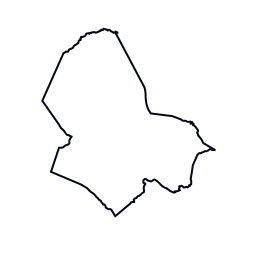 outline of Silca, Olancho, Honduras, rotated 108°
{"feature_id": "27666195B60662999354453", "entity_name": "Silca", "entity_type": "district", "adm_level": 2, "iso_a3": "HND", "parent_name": "Honduras", "parent_adm1": "Olancho", "projection": "robinson", "projection_center": [-86.53, 14.775], "detail": "fine", "context": "isolated", "style": "outline", "palette": "ink", "viewbox_px": 256, "rotation_deg": 108, "n_neighbors": 0, "source": "geoboundaries", "source_scale": "gbopen_adm2", "svg_char_len": 5453}
<svg xmlns="http://www.w3.org/2000/svg" viewBox="0 0 256 256"><g transform="rotate(108 128 128)"><path d="M215.8,112.9L200.3,103.2L200.1,103.0L199.7,102.7L197.9,102.1L197.5,101.9L197.2,101.5L196.9,100.9L196.8,100.5L196.8,99.5L196.7,99.3L196.4,99.3L195.9,99.4L194.5,100.3L193.9,100.2L193.2,100.0L192.9,99.8L192.6,99.2L191.9,98.3L191.3,98.1L190.5,98.0L190.1,97.8L189.8,97.6L189.2,96.6L188.7,96.2L187.3,95.2L185.9,94.6L185.1,93.9L184.7,93.5L183.8,93.0L182.5,93.4L181.0,94.2L180.4,94.4L179.1,94.7L178.5,94.8L177.7,94.7L177.3,94.6L176.3,94.2L175.8,94.3L175.5,94.5L175.5,95.5L175.3,96.4L175.2,96.6L174.7,96.6L174.4,96.7L173.9,97.0L173.5,97.1L172.8,97.2L172.6,97.1L172.0,96.7L171.1,95.9L171.0,95.6L171.0,95.2L171.2,94.7L171.7,93.5L171.8,93.0L171.8,90.8L171.7,89.8L171.5,89.3L171.4,89.1L170.0,88.1L169.3,87.5L168.8,86.8L168.8,86.5L168.8,86.3L170.2,82.4L170.7,81.4L172.2,78.5L172.6,77.7L172.9,76.7L173.1,75.8L173.4,74.1L173.4,73.3L173.4,72.4L173.7,72.1L173.7,71.6L173.9,71.1L174.2,70.4L174.4,69.6L174.7,69.1L174.9,68.4L175.0,67.7L175.1,66.0L175.3,65.0L175.3,64.7L175.2,64.4L174.9,63.7L174.2,63.1L174.0,63.7L173.9,63.8L173.4,62.9L172.4,60.9L172.1,60.5L171.9,60.3L171.6,60.4L171.4,60.3L171.3,60.1L171.3,59.7L171.2,59.6L171.0,59.9L170.9,60.0L170.3,60.2L170.2,60.6L169.9,60.8L169.7,60.8L169.4,60.6L169.1,60.6L168.8,60.8L167.9,61.2L167.7,61.2L167.4,60.9L167.6,60.6L167.5,60.3L167.3,60.1L166.5,59.4L166.4,59.3L166.4,59.1L166.4,58.9L166.5,58.6L166.7,57.9L166.9,57.3L167.3,56.8L167.3,56.4L167.1,56.0L166.8,55.5L165.9,54.2L166.0,53.6L166.0,53.2L166.0,52.9L165.9,52.8L165.5,52.6L165.0,52.4L164.3,52.2L163.9,52.2L163.9,51.4L162.8,51.3L162.6,51.1L162.1,50.6L161.7,50.6L161.1,50.8L160.7,51.0L159.2,51.3L157.5,52.4L156.9,52.7L155.7,52.8L153.9,53.1L153.0,53.2L143.4,54.8L132.1,53.7L131.9,53.6L131.7,53.4L130.6,53.0L130.1,52.5L129.9,52.4L129.6,51.7L129.7,51.3L129.5,51.0L129.2,50.7L128.7,50.4L128.4,50.1L128.0,49.5L127.4,48.7L126.5,48.0L126.3,47.8L126.1,47.3L125.9,46.3L125.7,45.9L124.3,44.6L123.6,44.1L122.9,43.6L122.6,43.4L122.5,43.2L122.8,41.5L122.8,41.0L122.6,40.3L122.4,39.6L122.3,38.8L122.1,38.1L119.2,51.1L119.3,51.5L119.1,51.7L118.6,52.3L117.8,53.0L117.0,53.7L115.6,55.4L115.0,56.3L114.5,57.5L114.4,57.6L114.1,57.6L113.7,58.5L113.4,59.0L113.2,59.1L112.9,59.1L112.7,59.2L111.8,60.2L111.5,60.5L111.2,60.7L110.9,60.7L110.2,60.6L109.4,60.4L108.8,60.6L108.3,61.0L107.6,62.1L106.3,63.8L105.2,65.8L105.1,66.3L105.2,66.9L105.1,67.0L104.9,67.1L104.3,66.8L104.0,66.8L103.6,68.0L103.2,68.2L103.0,68.4L103.8,68.7L104.2,69.0L104.5,69.4L104.6,69.6L104.5,69.8L104.4,69.9L103.8,69.8L102.7,69.9L102.6,70.0L102.6,70.3L102.7,70.6L103.3,72.0L103.7,73.3L103.7,73.8L103.5,74.7L103.4,75.3L103.5,76.2L103.9,77.3L104.1,77.9L104.1,78.4L104.0,78.9L103.4,80.3L103.4,81.4L103.0,89.4L107.1,110.8L106.9,111.1L105.2,113.2L104.5,114.0L102.6,115.6L99.7,117.7L96.5,119.4L95.3,119.9L92.4,121.1L91.0,121.5L89.9,121.9L86.5,123.5L85.6,124.0L84.2,125.0L41.4,169.2L41.0,167.7L40.7,167.5L40.4,167.7L40.3,168.2L40.2,168.8L40.2,169.4L40.7,169.4L41.0,169.4L41.1,169.5L41.2,169.8L41.4,170.7L41.8,171.2L41.9,171.3L41.8,171.5L41.6,171.9L41.4,172.2L41.5,172.8L41.3,173.7L40.8,175.1L40.5,175.7L40.4,176.0L40.4,176.4L40.5,176.6L41.0,177.0L41.5,177.3L41.5,177.8L41.1,178.2L40.9,178.6L41.0,178.7L41.1,178.9L41.2,179.0L41.2,179.5L41.1,180.2L41.2,181.6L41.2,181.9L42.2,181.9L42.4,182.0L42.5,182.2L42.7,183.4L42.8,183.6L43.2,183.6L43.5,183.8L43.6,184.2L43.7,184.4L43.9,184.4L44.2,184.4L44.5,184.5L44.8,185.2L45.4,185.7L46.0,186.4L47.3,188.0L47.2,189.0L47.2,189.4L47.2,189.7L47.3,190.1L47.9,190.9L48.0,191.4L48.3,192.0L49.1,192.4L49.2,192.6L49.3,192.9L49.2,193.4L49.9,193.8L50.3,194.0L49.9,194.5L50.2,195.2L50.9,196.2L51.0,196.6L51.4,196.8L52.1,196.9L53.3,197.2L53.9,197.5L54.2,197.8L54.7,198.4L55.1,198.8L55.3,199.1L55.4,199.3L55.6,200.3L55.9,200.7L56.3,200.7L56.8,200.6L57.1,200.6L57.3,200.6L57.5,200.9L57.9,200.9L58.1,200.9L58.6,200.5L58.8,200.3L59.0,200.4L59.4,200.9L59.6,201.2L59.7,201.5L59.8,201.6L60.6,201.8L61.2,201.6L61.7,201.5L62.1,201.6L62.6,201.6L62.8,201.9L63.2,201.9L63.3,201.9L63.5,202.1L63.6,202.5L63.8,202.7L64.1,202.9L64.7,203.1L65.2,203.5L65.9,204.3L66.4,204.7L66.9,204.9L68.1,205.0L69.0,205.3L69.2,205.5L69.7,206.2L70.0,206.3L70.8,207.4L71.7,208.3L71.9,208.4L72.3,208.4L73.6,208.5L73.8,208.5L74.3,209.4L74.4,210.2L74.6,210.7L75.0,210.9L75.5,211.1L76.1,211.9L76.9,212.3L77.0,212.5L128.6,217.9L145.4,195.6L145.6,195.4L145.9,194.8L146.1,194.5L146.4,194.2L147.0,193.8L147.4,193.4L148.9,191.4L149.6,189.6L150.3,188.2L151.4,186.8L152.4,185.5L152.8,184.8L153.3,183.9L153.4,183.3L153.2,182.6L153.2,181.9L153.3,181.3L153.5,180.8L153.6,179.7L153.6,179.0L153.7,178.9L155.9,179.7L157.0,179.9L158.6,179.8L160.0,179.2L160.5,179.1L161.0,179.1L161.4,179.3L161.8,179.6L162.6,180.3L163.4,181.5L163.9,182.0L165.2,183.1L166.3,183.6L166.5,183.8L166.9,184.4L167.2,184.9L167.3,185.3L167.8,186.7L168.1,187.5L193.5,187.7L196.3,154.6L196.7,153.2L197.9,148.2L198.3,147.4L199.4,145.6L199.6,145.2L199.9,144.3L200.4,143.2L201.2,140.1L202.1,138.6L203.0,137.2L203.4,136.7L203.9,135.3L204.1,134.8L204.5,134.3L204.9,133.9L205.1,133.6L205.3,132.9L205.5,131.8L205.6,131.6L205.7,131.4L206.9,130.1L207.1,129.8L207.3,129.3L207.5,128.9L207.8,128.6L208.2,128.2L208.4,128.0L208.4,127.6L208.1,126.7L209.4,125.1L209.6,125.0L210.3,124.7L210.5,124.5L210.6,124.3L210.8,123.9L210.8,123.3L211.2,122.1L211.2,121.8L211.2,121.5L210.8,120.4L210.7,119.7L210.7,119.3L210.9,118.7L211.1,118.4L215.8,112.9Z" fill="none" stroke="#020617" stroke-width="2"/></g></svg>